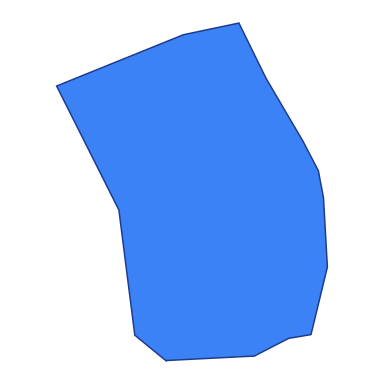 the district of Zamyn U'ud, Dornogovi, Mongolia
{"feature_id": "93677404B96748397231812", "entity_name": "Zamyn U'ud", "entity_type": "district", "adm_level": 2, "iso_a3": "MNG", "parent_name": "Mongolia", "parent_adm1": "Dornogovi", "projection": "mercator", "projection_center": [111.89, 43.804], "detail": "fine", "context": "isolated", "style": "filled", "palette": "blue", "viewbox_px": 384, "rotation_deg": 0, "n_neighbors": 0, "source": "geoboundaries", "source_scale": "gbopen_adm2", "svg_char_len": 579}
<svg xmlns="http://www.w3.org/2000/svg" viewBox="0 0 384 384"><path d="M166.3,361.0L166.7,360.5L210.0,358.3L245.3,356.5L254.3,356.1L256.8,354.8L274.5,345.6L279.1,343.3L281.6,342.0L285.5,340.0L287.9,338.9L288.9,338.3L299.9,336.5L310.9,334.6L311.0,334.5L311.0,334.3L311.1,334.2L314.4,320.6L327.4,267.0L324.4,214.2L323.5,197.9L321.8,188.6L320.0,179.5L318.4,170.8L305.2,145.5L303.5,142.1L282.0,105.5L266.0,78.2L262.9,71.9L261.8,69.7L241.4,28.1L238.9,23.0L238.6,23.1L183.4,34.7L56.6,86.0L118.9,210.0L134.8,335.2L166.3,361.0Z" fill="#3b82f6" stroke="#1e3a8a" stroke-width="1.5"/></svg>